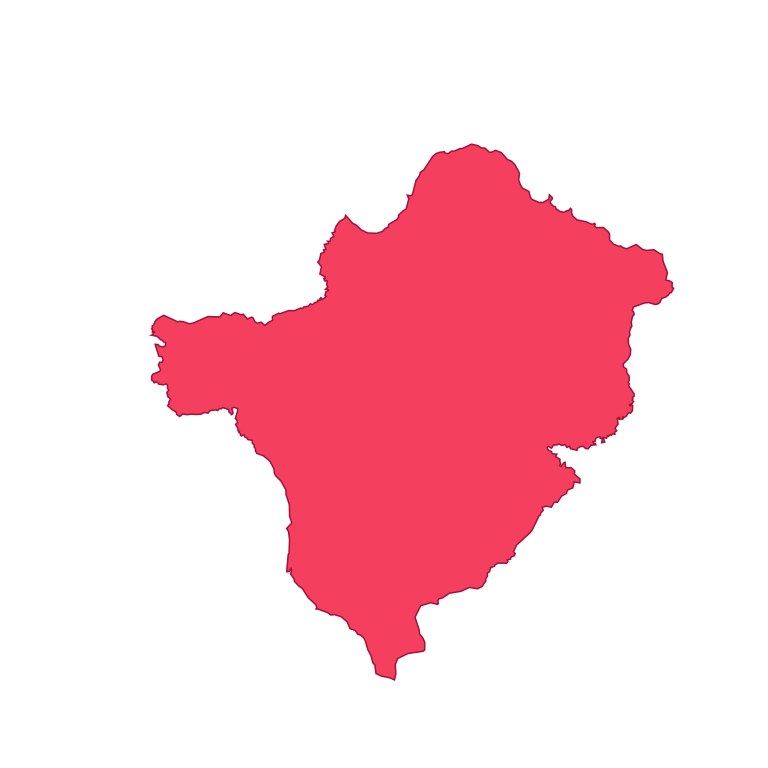 outline of Nagekeo, Nusa Tenggara Timur, Indonesia, rotated 208°
{"feature_id": "22746128B97494513966687", "entity_name": "Nagekeo", "entity_type": "district", "adm_level": 2, "iso_a3": "IDN", "parent_name": "Indonesia", "parent_adm1": "Nusa Tenggara Timur", "projection": "albers", "projection_center": [121.268, -8.674], "detail": "fine", "context": "isolated", "style": "filled", "palette": "rose", "viewbox_px": 768, "rotation_deg": 208, "n_neighbors": 0, "source": "geoboundaries", "source_scale": "gbopen_adm2", "svg_char_len": 6159}
<svg xmlns="http://www.w3.org/2000/svg" viewBox="0 0 768 768"><g transform="rotate(208 384 384)"><path d="M612.2,318.0L606.5,319.6L601.9,318.2L600.1,318.7L598.5,317.6L596.2,318.0L595.0,315.3L596.0,313.2L600.0,312.0L601.9,312.8L604.7,311.6L595.7,302.7L593.2,303.8L590.3,301.9L590.2,298.9L592.3,298.0L592.2,294.9L588.1,291.7L587.9,289.9L592.7,284.2L592.8,281.8L590.6,278.1L588.9,278.2L587.5,277.1L586.3,278.7L584.7,279.1L582.7,278.1L578.4,279.7L576.2,281.9L575.0,281.7L573.0,278.4L571.2,277.6L571.8,274.7L568.9,271.3L565.4,270.5L565.5,266.8L564.5,265.8L564.9,263.3L559.3,261.9L554.5,261.7L552.7,259.8L549.1,259.4L547.5,263.1L543.5,264.4L539.5,267.3L535.8,268.7L531.3,271.5L529.4,274.4L525.7,275.7L525.0,278.9L520.3,282.2L518.4,282.4L517.7,285.0L516.0,285.7L515.4,287.5L508.9,288.5L507.9,286.6L504.1,285.4L503.5,287.3L507.0,291.2L505.4,293.0L501.7,293.6L500.7,291.9L499.0,283.5L497.6,283.7L495.3,281.2L496.1,278.7L492.3,276.2L490.9,274.1L489.5,274.3L489.4,273.1L487.6,272.8L486.6,271.4L485.5,271.1L484.4,272.9L483.2,273.1L482.0,271.9L479.6,272.0L478.1,271.0L474.0,272.4L472.5,269.9L469.9,269.2L469.0,267.3L467.2,266.7L466.2,264.6L463.5,263.0L457.1,264.0L448.7,262.4L441.3,257.4L439.1,254.0L436.7,252.2L429.2,249.8L420.8,244.4L418.7,240.5L411.0,233.1L405.3,223.0L400.8,218.6L400.3,217.4L402.2,210.7L398.9,208.8L394.2,202.0L388.4,190.0L388.5,188.4L381.8,172.5L379.7,173.9L379.5,177.5L378.0,175.8L377.5,172.5L371.9,169.7L370.3,167.6L363.6,165.4L360.4,165.3L350.3,159.6L340.7,157.2L338.0,154.6L338.7,153.0L337.3,154.1L326.8,155.7L322.6,155.0L319.6,157.1L312.6,158.4L304.8,156.7L299.2,152.0L293.8,152.9L289.8,150.7L287.0,151.3L283.0,150.4L280.2,148.7L273.5,141.8L267.9,138.0L263.0,132.6L260.3,131.7L255.1,124.6L248.8,124.9L241.2,127.3L235.8,127.6L237.6,133.9L242.3,141.5L243.0,148.1L236.2,157.4L224.1,166.3L223.2,168.4L226.8,175.1L230.6,178.1L235.0,179.9L237.8,183.7L247.1,192.6L247.5,205.4L240.1,212.8L233.3,214.5L233.0,215.8L234.6,217.7L234.7,219.9L231.7,222.9L228.1,229.9L218.7,237.1L213.2,244.4L205.3,247.1L202.3,251.3L201.6,258.0L202.7,259.6L202.4,263.1L204.0,265.2L202.7,267.8L203.7,271.8L200.9,275.0L201.0,276.5L199.4,279.3L191.6,283.3L191.3,285.5L192.7,286.5L190.0,288.9L190.7,290.5L188.2,293.7L188.6,296.0L190.9,296.6L191.3,304.1L185.3,321.0L184.6,325.0L185.2,340.1L184.4,341.7L185.0,343.9L184.1,347.3L186.5,349.4L183.2,352.4L178.4,353.8L178.2,359.6L175.3,361.0L174.6,368.5L171.5,373.0L172.3,376.4L168.5,380.9L170.1,386.9L164.5,388.6L166.4,392.2L173.6,393.8L174.8,396.9L179.4,397.9L184.3,395.5L187.4,399.9L188.2,399.0L188.9,394.5L190.1,394.2L190.7,394.8L190.4,396.4L192.6,398.4L193.2,400.1L198.6,400.5L198.4,403.2L202.7,401.4L204.5,403.1L206.9,402.7L209.3,403.5L210.2,405.2L209.3,406.2L206.0,405.9L205.6,409.6L202.4,411.6L201.6,413.3L198.2,413.2L195.8,415.4L192.6,413.9L190.9,416.3L189.0,414.4L182.4,416.1L183.0,418.1L181.0,421.2L178.4,422.5L176.0,421.7L173.4,422.5L172.5,427.1L168.4,429.8L169.6,430.7L171.3,430.1L172.4,431.1L170.7,432.6L171.5,435.4L170.2,437.6L168.4,438.9L167.6,437.5L165.6,438.4L164.3,434.3L161.8,436.4L165.4,439.6L162.0,440.7L162.5,443.1L161.1,443.2L160.6,445.4L159.2,445.4L158.9,447.4L156.5,448.0L157.8,449.6L156.5,451.9L159.3,453.4L158.5,458.5L161.9,463.2L160.9,464.9L159.9,463.3L156.7,465.1L156.5,465.9L157.7,467.1L156.3,467.3L155.1,468.9L154.5,473.5L152.6,474.0L152.1,477.1L154.3,481.7L155.4,481.5L156.4,480.2L157.6,481.1L155.7,483.0L155.5,485.8L157.1,486.2L157.2,487.7L158.3,488.9L157.4,490.6L158.6,492.8L167.4,497.4L167.3,499.2L169.3,500.3L169.2,502.4L171.4,506.2L175.0,508.0L176.8,511.0L180.4,511.5L182.2,513.8L180.2,520.6L180.3,525.7L182.5,530.5L186.8,534.0L189.7,538.8L189.8,542.7L191.7,545.2L192.3,548.4L192.3,551.4L194.7,554.7L196.3,560.2L195.7,562.8L197.4,564.8L199.2,565.4L200.0,569.0L192.1,577.8L188.6,580.1L182.0,581.5L180.1,582.9L178.7,585.4L179.0,589.9L176.2,592.9L174.7,596.0L174.5,598.5L173.3,599.4L173.1,604.3L175.4,605.2L177.1,608.9L180.2,609.1L184.0,608.1L186.1,615.5L195.4,623.5L199.1,629.2L201.9,628.6L208.7,629.3L214.9,625.2L218.8,624.2L226.7,625.6L233.3,617.2L237.8,616.6L239.8,617.1L241.4,615.7L247.1,615.3L252.6,617.2L255.0,622.0L257.0,623.5L263.8,625.2L269.8,621.8L272.3,622.3L272.4,624.2L273.6,624.7L274.6,623.2L276.5,622.4L281.9,622.1L290.6,619.5L296.3,621.0L298.8,623.2L300.0,625.9L301.8,626.7L302.6,623.3L304.0,622.8L305.6,620.1L310.0,619.0L314.4,619.5L315.9,620.9L317.9,620.5L322.0,621.8L322.9,623.4L322.3,626.6L322.9,627.6L326.8,628.7L325.3,624.5L328.8,619.0L332.3,617.1L339.8,616.5L342.1,617.3L346.5,622.1L353.5,621.9L356.5,623.5L360.9,627.3L363.0,633.1L364.5,634.6L371.6,639.2L376.0,640.5L380.7,640.2L388.9,643.4L395.2,642.7L397.9,639.1L399.8,638.1L405.6,639.7L408.4,638.2L413.0,638.5L419.3,636.9L425.3,628.8L427.7,627.2L431.4,622.5L433.8,621.3L435.5,617.6L438.4,616.5L439.7,617.5L443.9,614.5L446.1,612.0L447.9,607.8L449.3,592.1L451.3,587.8L450.5,584.6L451.3,578.8L447.8,564.3L449.0,562.7L452.1,561.7L449.0,559.1L446.6,548.8L448.3,546.3L450.5,539.9L449.6,538.5L449.7,535.5L454.8,527.2L454.0,524.3L456.0,521.8L457.0,518.0L461.1,513.7L469.3,509.7L476.5,509.4L483.2,511.3L487.1,511.2L497.1,514.9L496.4,511.8L499.6,506.7L500.4,501.2L499.7,496.2L498.5,495.5L500.8,493.1L497.7,490.9L499.5,487.4L498.6,484.7L500.9,483.5L499.4,483.0L499.2,481.9L502.3,479.2L498.5,475.5L500.4,474.1L498.6,472.5L501.0,469.5L499.2,463.4L499.7,460.5L494.3,458.2L492.2,450.9L486.5,450.9L485.5,449.9L486.6,448.8L484.8,447.2L482.6,448.3L481.1,444.6L479.2,443.1L480.1,440.1L478.0,441.1L477.0,440.7L478.6,437.9L477.8,434.6L476.1,434.2L478.2,429.6L480.2,430.6L480.7,429.4L479.8,427.9L481.8,426.9L481.2,425.4L483.3,423.6L484.4,420.4L486.7,420.3L487.3,417.3L491.0,414.4L491.5,412.3L493.3,411.9L497.7,406.4L502.4,404.3L508.7,397.4L510.3,397.0L514.3,391.3L512.3,387.7L514.6,384.8L516.7,379.8L521.6,380.9L524.0,378.4L527.0,378.3L531.1,381.1L532.5,380.7L535.1,377.3L541.2,379.6L542.3,378.1L549.2,377.1L551.6,372.5L559.4,371.4L560.5,366.1L571.1,360.9L581.2,348.1L584.4,345.7L590.6,344.8L593.8,343.5L595.1,342.1L610.8,341.2L614.7,335.1L615.5,332.4L615.2,327.6L615.9,326.1L614.7,324.4L615.1,323.7L613.8,323.1L613.0,321.4L612.5,322.3L611.0,322.2L611.8,320.7L611.3,319.0L612.2,318.0Z" fill="#f43f5e" stroke="#9f1239" stroke-width="1.5"/></g></svg>